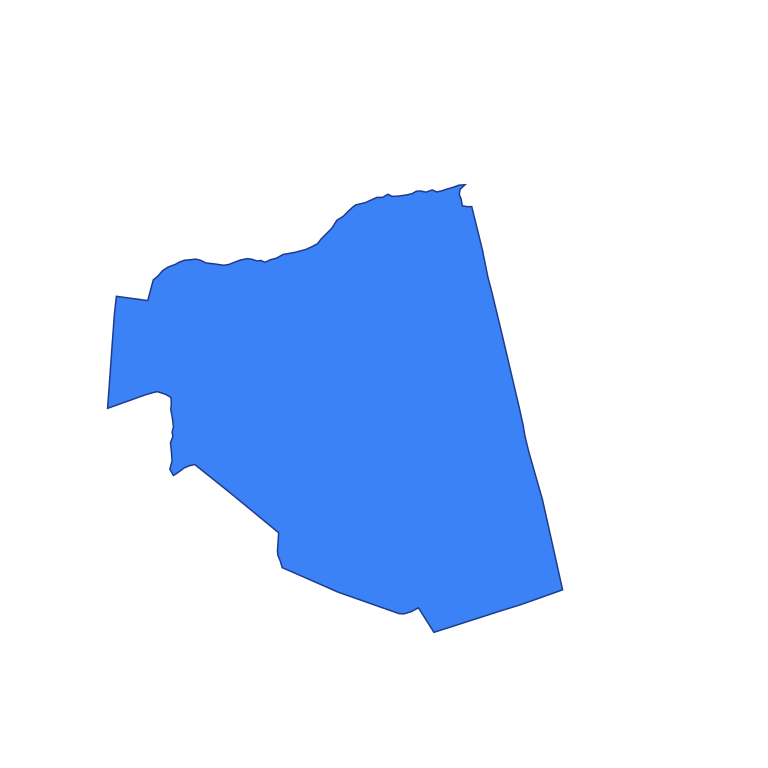 Loanda, Paraná, Brazil (Natural Earth projection), rotated 217°
{"feature_id": "56859067B78074761196473", "entity_name": "Loanda", "entity_type": "district", "adm_level": 2, "iso_a3": "BRA", "parent_name": "Brazil", "parent_adm1": "Paraná", "projection": "natural_earth1", "projection_center": [-53.011, -22.972], "detail": "fine", "context": "isolated", "style": "filled", "palette": "blue", "viewbox_px": 768, "rotation_deg": 217, "n_neighbors": 0, "source": "geoboundaries", "source_scale": "gbopen_adm2", "svg_char_len": 1539}
<svg xmlns="http://www.w3.org/2000/svg" viewBox="0 0 768 768"><g transform="rotate(217 384 384)"><path d="M641.6,277.9L590.1,198.2L568.3,231.4L563.7,237.6L560.5,241.4L552.3,244.3L546.0,245.0L542.2,240.5L538.6,234.9L534.0,230.9L526.3,223.0L524.3,218.1L521.0,215.0L519.2,208.6L513.6,202.6L507.0,195.1L503.8,187.1L497.1,184.2L495.6,188.2L493.1,196.6L490.3,201.5L486.7,205.8L439.3,204.4L378.6,201.8L368.5,186.4L365.6,183.3L359.9,179.9L354.8,176.1L295.1,190.2L233.7,209.7L229.7,212.4L225.1,218.8L221.8,226.0L194.7,215.7L154.7,272.4L142.1,289.9L117.5,327.1L187.7,386.9L226.8,416.4L236.8,424.5L240.8,427.9L247.7,434.5L251.1,437.4L262.8,447.4L316.5,492.1L352.3,521.6L365.6,532.1L377.8,543.0L381.9,546.5L384.7,549.2L420.7,578.5L424.1,575.8L428.7,573.5L433.8,578.2L437.9,580.6L440.4,585.2L439.2,591.9L443.8,587.9L447.0,583.0L451.7,576.6L454.2,572.9L457.5,569.1L462.3,568.0L466.0,562.4L470.8,560.3L474.2,557.4L476.2,552.8L479.4,549.0L485.9,542.4L490.5,538.7L495.1,537.9L497.3,532.4L502.1,528.6L504.4,524.3L508.2,517.4L514.4,510.0L515.6,505.6L516.4,501.2L517.5,493.3L520.2,486.3L519.4,476.7L520.5,469.4L521.5,461.6L521.5,456.1L524.3,450.1L527.5,444.3L533.9,436.1L537.8,431.8L542.6,426.7L545.6,419.8L549.4,415.0L552.4,409.5L556.7,408.6L559.5,405.8L564.4,404.2L568.5,402.0L573.4,396.5L580.0,385.9L583.4,382.4L591.3,378.1L599.1,373.5L605.0,372.4L609.6,370.4L614.2,366.0L617.7,362.9L620.6,358.6L622.8,353.7L626.8,347.5L629.0,341.5L629.5,334.4L630.9,328.3L622.9,308.4L650.5,293.0L641.6,277.9Z" fill="#3b82f6" stroke="#1e3a8a" stroke-width="1.5"/></g></svg>